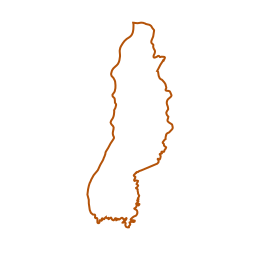 Luabo, Zambezia, Mozambique, rotated 45°
{"feature_id": "85939544B83504353793512", "entity_name": "Luabo", "entity_type": "district", "adm_level": 2, "iso_a3": "MOZ", "parent_name": "Mozambique", "parent_adm1": "Zambezia", "projection": "equal_earth", "projection_center": [36.12, -18.323], "detail": "fine", "context": "isolated", "style": "outline", "palette": "amber", "viewbox_px": 256, "rotation_deg": 45, "n_neighbors": 0, "source": "geoboundaries", "source_scale": "gbopen_adm2", "svg_char_len": 5887}
<svg xmlns="http://www.w3.org/2000/svg" viewBox="0 0 256 256"><g transform="rotate(45 128 128)"><path d="M159.0,95.8L157.1,94.6L156.6,94.4L155.4,94.6L153.3,95.1L151.6,95.2L151.2,95.1L150.8,94.9L150.1,94.2L149.5,92.9L149.3,92.8L149.2,92.5L148.6,91.5L146.6,91.3L145.9,91.1L144.9,90.6L144.1,89.9L143.5,88.1L143.2,86.5L142.9,86.1L141.3,84.9L140.3,84.4L139.2,83.9L138.2,83.3L137.4,82.6L136.9,81.8L136.7,81.7L136.3,80.8L136.0,79.7L136.0,78.6L136.2,76.1L136.1,75.0L135.6,74.1L135.2,73.9L132.5,72.8L131.6,72.6L130.6,73.0L128.9,74.4L128.1,74.7L127.7,74.5L127.3,74.1L127.0,73.1L126.6,72.4L123.6,70.6L121.6,70.1L118.9,69.9L117.9,69.9L116.3,70.4L115.2,70.4L114.1,69.9L113.5,69.8L112.9,69.4L112.5,69.2L109.5,67.0L108.7,66.9L108.3,67.1L107.5,64.4L107.1,63.2L106.2,60.4L105.3,56.2L104.9,55.1L105.0,54.4L105.3,54.5L104.8,53.0L104.4,52.2L104.0,52.0L103.6,52.0L102.8,52.5L101.2,54.0L100.8,54.8L100.5,55.2L100.1,55.3L99.3,55.1L98.5,55.5L98.2,56.1L98.2,56.6L97.8,57.8L97.2,59.2L96.8,59.6L96.5,59.8L95.8,59.7L95.0,58.8L94.7,58.2L94.2,56.7L93.6,55.6L92.8,54.6L91.8,54.1L90.8,53.9L89.2,53.3L88.3,52.7L87.6,51.8L87.1,51.3L86.6,51.2L84.9,51.3L84.2,51.1L83.6,50.7L83.0,49.9L82.9,49.6L82.7,49.4L81.1,45.5L77.6,40.7L77.2,40.4L76.7,40.3L74.6,40.1L72.3,39.5L70.8,39.7L70.0,40.0L67.1,41.8L66.5,41.9L64.4,42.9L62.8,44.2L60.7,47.1L58.4,49.0L57.7,49.4L57.2,49.9L58.9,51.1L61.7,54.1L62.5,55.1L63.9,57.2L64.6,59.0L64.9,60.3L64.9,61.9L64.7,63.2L64.1,66.0L64.0,69.0L64.4,71.8L65.2,75.1L65.8,76.7L67.2,78.9L68.2,79.9L70.7,82.0L71.7,83.0L74.1,86.3L74.9,87.8L75.6,89.9L75.7,92.2L75.6,92.8L75.5,96.1L75.8,97.8L76.2,99.0L77.4,101.1L77.8,101.7L78.3,102.1L79.6,102.8L82.3,102.9L84.9,103.7L86.1,104.3L88.9,106.6L90.9,108.7L92.7,111.5L93.0,112.5L93.4,115.2L93.6,115.6L94.5,116.3L94.9,116.5L97.2,116.5L97.8,116.7L99.6,118.1L100.2,118.7L100.6,119.1L101.3,119.4L102.6,119.6L103.3,120.1L104.8,122.6L105.6,125.2L106.9,126.4L107.6,127.3L108.2,128.0L108.4,128.3L108.8,128.8L109.7,130.3L110.4,132.1L110.9,134.6L111.4,135.7L111.8,136.4L113.1,137.0L114.6,137.2L115.8,137.2L116.8,137.5L117.5,137.8L117.9,138.2L118.4,139.0L118.6,139.1L118.7,139.4L118.9,139.6L120.2,141.6L121.0,142.5L121.5,143.0L121.9,143.2L122.8,143.8L124.0,144.2L124.6,144.5L125.2,145.1L125.6,146.3L126.6,151.3L128.2,156.5L128.2,156.8L128.5,157.8L128.8,159.3L129.3,161.0L130.6,162.8L130.8,163.4L131.3,164.3L132.1,166.4L132.8,167.8L133.3,169.4L133.8,171.3L134.0,172.1L134.6,174.1L136.4,178.9L136.6,180.2L136.9,183.8L137.1,185.7L138.5,190.5L139.3,192.3L139.8,193.9L140.3,194.9L141.2,196.6L143.2,199.7L146.4,203.8L151.0,206.5L153.7,209.1L158.9,213.0L161.7,214.2L164.4,214.0L165.7,212.8L166.2,212.8L166.9,213.3L167.9,214.6L168.1,214.7L168.9,214.6L169.4,213.9L169.6,213.7L169.9,213.7L170.4,213.8L171.2,214.4L171.3,214.6L171.9,215.2L172.1,215.4L172.9,216.2L173.4,216.5L173.8,216.5L174.2,216.4L174.6,215.9L174.7,215.4L174.3,214.5L173.7,214.0L173.4,213.5L173.4,212.9L173.8,212.7L174.7,212.4L174.8,212.1L174.8,211.6L174.5,211.1L173.6,210.6L173.6,210.4L173.7,210.1L174.1,209.8L175.4,209.6L175.6,209.2L175.3,207.6L175.4,206.8L175.5,206.9L176.9,206.6L177.2,206.5L177.8,205.3L178.0,205.3L178.2,205.5L178.3,206.0L178.7,206.1L178.8,205.9L179.0,205.3L179.1,203.8L179.4,203.4L179.9,203.4L181.4,204.0L182.1,203.9L182.9,203.6L183.1,203.4L183.2,202.6L182.9,201.8L182.8,201.0L183.1,200.5L183.2,200.4L183.7,200.3L184.0,200.5L184.3,201.0L184.9,201.5L185.1,201.3L185.2,200.9L184.9,199.6L185.0,199.4L186.0,199.0L186.3,199.1L186.6,198.6L186.8,196.8L187.0,196.1L187.5,195.6L188.2,195.5L188.6,195.5L189.5,195.8L189.8,195.8L190.1,195.5L190.2,195.0L190.4,193.5L190.6,192.9L190.8,192.9L191.0,193.1L191.4,194.2L191.4,195.6L191.0,198.3L191.1,198.7L191.3,198.6L191.9,197.6L192.7,196.8L192.9,196.8L193.7,197.0L194.6,198.4L195.0,198.7L196.0,199.1L196.5,199.2L197.6,198.8L198.4,198.2L198.8,197.6L198.5,197.4L198.2,196.9L198.1,196.6L198.0,195.3L197.6,194.4L197.2,194.2L196.1,193.9L195.9,193.7L196.2,192.7L196.6,192.3L197.0,191.5L198.0,190.9L198.4,190.5L198.7,190.0L198.8,189.6L198.6,189.1L198.3,188.8L197.0,189.5L195.5,190.8L195.4,191.0L195.0,191.1L194.6,190.9L194.4,190.2L194.5,187.8L194.8,186.3L195.6,184.4L195.5,183.3L195.1,182.0L194.8,181.8L194.6,181.4L194.2,181.0L194.1,180.8L192.8,180.1L192.4,180.0L191.8,180.0L189.8,180.6L189.4,180.4L189.7,179.2L189.7,178.4L189.6,177.9L189.1,177.1L189.1,176.8L189.3,176.1L189.7,175.7L190.2,175.3L190.2,175.1L190.2,174.4L189.9,173.8L189.7,173.8L189.0,174.4L188.8,174.9L188.6,175.1L188.4,175.5L188.1,176.0L187.7,176.0L187.5,175.9L187.3,175.7L187.5,173.6L187.4,173.1L187.2,172.6L187.0,172.4L186.8,172.4L186.0,172.9L185.6,172.6L185.6,172.4L185.9,171.3L185.8,171.0L185.6,170.8L185.0,171.0L184.7,170.8L184.6,170.5L184.5,169.8L184.3,169.0L183.8,168.0L181.6,167.3L180.4,166.3L179.3,165.7L178.3,164.6L177.9,164.5L176.5,164.9L176.1,164.7L176.3,163.4L176.2,162.6L175.9,161.6L175.5,161.4L173.7,161.6L173.4,161.1L173.1,159.6L172.9,159.0L172.5,158.4L172.1,158.5L170.9,159.3L170.0,160.8L169.8,160.8L169.4,160.7L169.0,160.3L168.4,158.2L168.2,158.1L167.8,157.4L167.5,157.3L166.8,157.7L166.5,157.7L166.1,157.6L165.6,157.4L165.5,157.2L165.4,156.7L165.4,155.7L165.3,154.4L165.3,153.9L165.6,153.8L165.6,153.6L165.4,153.1L165.4,152.9L165.5,152.6L166.2,151.9L166.3,151.3L166.3,150.7L167.3,148.7L173.9,132.5L173.8,130.9L173.5,130.2L172.0,129.2L171.0,129.0L170.9,128.7L171.0,128.5L172.2,128.3L172.6,127.9L172.5,127.2L172.0,126.2L171.0,124.8L170.6,124.6L169.1,124.2L168.9,123.9L169.1,123.2L169.8,122.5L169.8,121.9L169.0,121.7L168.6,121.3L168.6,120.9L169.3,120.1L170.1,119.7L170.2,119.4L170.0,118.7L169.6,118.0L169.3,117.2L169.3,116.2L168.8,114.9L168.6,114.7L168.2,114.7L166.6,115.0L165.9,114.9L165.7,114.8L164.7,114.0L164.1,113.9L163.3,114.0L162.9,113.8L162.6,113.4L162.2,110.5L162.4,109.2L161.5,108.4L160.7,107.3L160.4,106.7L160.2,106.5L160.0,106.0L159.6,105.6L159.5,105.1L159.5,103.9L160.2,102.0L160.1,98.2L160.0,97.2L159.6,96.4L159.0,95.8Z" fill="none" stroke="#b45309" stroke-width="2"/></g></svg>